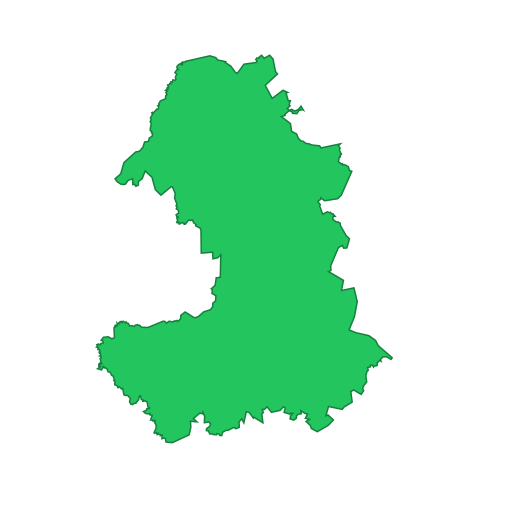 Zaubes pag., Amatas, Latvia, rotated 101°
{"feature_id": "27541924B54710700451151", "entity_name": "Zaubes pag.", "entity_type": "district", "adm_level": 2, "iso_a3": "LVA", "parent_name": "Latvia", "parent_adm1": "Amatas", "projection": "orthographic", "projection_center": [25.326, 56.996], "detail": "fine", "context": "isolated", "style": "filled", "palette": "green", "viewbox_px": 512, "rotation_deg": 101, "n_neighbors": 0, "source": "geoboundaries", "source_scale": "gbopen_adm2", "svg_char_len": 6125}
<svg xmlns="http://www.w3.org/2000/svg" viewBox="0 0 512 512"><g transform="rotate(101 256 256)"><path d="M346.9,377.2L349.1,378.9L348.6,379.5L350.2,378.9L350.8,380.5L351.3,379.4L352.2,380.2L351.8,381.0L353.6,381.7L363.2,379.4L364.8,381.6L363.5,385.6L364.9,390.3L368.3,391.9L368.6,390.0L370.5,389.4L371.3,391.4L372.7,391.8L372.4,392.4L373.0,393.4L372.5,394.1L373.5,395.4L375.0,394.3L375.8,395.1L376.1,393.3L378.0,393.4L377.7,391.8L378.2,391.4L380.6,391.6L381.1,391.2L380.1,390.8L383.4,389.3L384.0,390.3L384.2,389.0L385.6,388.5L386.3,389.5L389.7,387.9L390.9,388.8L391.0,387.1L392.4,388.3L391.8,388.7L392.0,389.6L394.2,389.3L394.3,387.7L396.9,390.0L397.3,385.9L393.6,384.6L394.8,383.5L394.4,382.6L395.6,380.4L397.9,379.2L397.9,377.1L400.7,374.9L401.1,373.4L404.2,371.5L405.4,371.9L405.8,370.6L409.4,370.1L409.6,367.9L411.6,366.3L410.5,365.1L412.2,362.7L411.4,361.6L417.4,359.2L417.9,358.0L417.3,355.5L419.9,352.1L423.1,352.4L425.5,350.5L425.0,349.3L425.4,348.7L424.0,347.7L423.5,345.9L419.5,343.8L415.6,343.7L415.3,342.6L418.8,341.2L418.9,339.4L420.2,339.4L420.1,338.4L419.2,338.4L419.9,335.1L424.7,333.3L425.2,331.6L426.0,331.4L426.7,334.0L428.4,334.2L430.1,336.8L431.6,334.5L431.7,332.4L430.8,330.2L432.1,330.1L432.3,327.5L437.1,328.2L436.9,326.3L437.8,325.5L436.6,324.0L437.0,323.4L438.9,323.7L441.2,321.6L444.5,321.3L448.9,322.4L449.4,321.9L448.4,319.9L450.1,319.0L448.8,318.1L449.7,317.7L449.5,316.0L450.7,315.6L449.6,313.9L453.3,313.5L452.1,311.3L452.9,309.9L455.7,308.9L455.7,307.2L455.2,302.5L444.3,287.5L436.6,287.3L430.7,288.8L430.1,282.3L427.5,286.4L421.0,281.2L421.1,278.4L419.5,278.3L423.2,275.8L429.5,274.9L427.9,270.5L429.6,268.5L432.1,269.0L434.9,271.6L436.9,271.4L436.7,269.4L439.6,267.4L439.0,266.1L439.4,263.4L439.0,260.5L437.8,260.5L437.7,259.5L438.1,257.8L439.0,257.5L438.9,255.4L435.3,255.0L432.6,251.7L432.4,250.1L428.5,245.1L429.4,242.8L427.4,239.7L422.2,241.0L418.5,238.9L422.1,236.1L410.7,235.8L410.9,232.8L415.6,227.7L414.6,227.5L418.4,217.4L409.7,220.2L408.3,218.9L405.4,220.6L405.0,218.4L401.9,216.3L406.5,211.0L402.9,202.8L398.8,200.3L399.6,198.3L404.1,198.6L404.8,192.9L403.8,192.0L403.5,189.9L406.1,191.6L409.4,191.5L409.9,187.6L407.7,185.5L404.9,185.6L403.4,184.4L402.2,181.4L399.3,182.5L401.2,177.9L401.2,175.3L405.9,176.6L406.2,172.3L408.9,175.3L412.1,170.2L414.7,168.8L416.8,162.3L408.5,152.8L402.2,148.7L398.3,155.0L399.5,156.9L389.9,156.1L390.1,142.1L387.3,140.6L381.1,133.7L370.9,137.1L368.9,134.4L371.8,126.4L367.7,124.6L365.7,126.1L362.5,125.4L358.6,123.3L352.6,125.3L347.9,125.0L346.9,124.0L344.2,125.2L343.0,122.5L341.3,122.8L341.2,120.6L342.6,119.4L341.4,118.9L340.5,116.2L337.8,116.6L335.0,114.6L335.4,113.2L334.0,114.2L331.0,112.3L330.0,108.9L331.7,103.7L329.9,102.9L320.7,118.9L316.0,122.6L312.7,129.9L312.2,143.4L310.8,150.5L296.9,147.8L281.5,147.9L268.6,153.8L273.6,165.5L263.2,165.5L257.5,181.8L255.9,179.7L251.2,180.8L232.0,176.7L229.1,173.2L231.6,171.5L230.8,168.4L221.4,167.5L218.7,171.5L209.9,179.0L207.8,179.6L206.9,181.8L207.3,183.7L205.3,187.7L202.5,187.9L202.0,185.9L199.9,188.5L200.3,189.2L198.9,191.4L199.5,192.1L199.0,194.5L202.3,198.5L194.7,203.1L193.4,202.7L190.6,205.7L187.9,203.3L186.5,203.4L188.7,199.2L184.2,186.8L180.1,183.9L154.6,178.1L154.2,180.6L150.7,182.4L149.6,185.7L149.5,187.8L150.0,188.3L148.8,189.1L149.3,189.9L147.7,193.1L142.7,193.1L142.6,192.1L140.8,192.6L139.8,191.5L136.4,194.3L134.3,194.0L131.9,196.1L129.8,194.6L137.5,212.8L135.7,214.6L136.4,222.5L135.7,225.3L136.0,228.4L134.3,231.8L134.6,233.6L132.5,236.8L128.4,239.5L126.9,244.8L119.4,247.5L114.3,257.8L112.5,254.3L111.7,254.8L107.5,251.6L107.1,250.3L107.7,248.1L109.0,247.2L108.5,243.1L105.0,241.6L103.4,238.4L103.7,237.4L100.3,240.4L104.1,242.4L106.3,245.6L105.2,249.0L106.7,251.0L105.4,253.4L102.0,251.2L101.2,252.4L97.0,251.9L97.4,254.0L90.2,257.6L89.4,256.1L88.1,261.1L98.2,270.2L86.7,279.5L73.2,269.6L71.1,272.1L59.5,276.8L56.3,280.9L60.4,285.7L57.9,288.8L60.1,290.8L61.9,290.9L61.0,291.2L61.5,293.0L63.2,293.7L64.3,292.1L66.0,292.8L70.0,304.4L80.3,309.2L79.6,311.5L74.4,316.9L71.9,323.2L71.0,322.8L70.9,331.0L68.9,333.4L68.3,339.5L78.4,362.4L79.2,362.7L79.7,365.2L80.9,366.1L81.3,364.8L82.5,365.0L82.0,367.5L84.2,369.5L86.2,369.7L87.8,367.8L88.4,369.3L91.5,370.6L92.5,368.5L95.9,369.3L98.1,368.2L99.0,369.1L98.9,371.1L101.3,371.3L101.3,372.8L103.1,372.4L102.9,373.4L104.4,373.9L105.0,375.4L107.2,374.0L108.3,374.2L107.8,375.1L108.2,375.5L109.0,374.9L110.7,376.4L111.0,374.5L112.6,375.7L114.6,374.2L116.1,375.3L118.8,374.7L122.1,379.5L125.4,380.6L126.1,379.7L127.3,381.1L128.1,380.0L130.5,380.1L130.6,381.2L135.6,384.5L134.8,385.1L135.3,385.7L136.6,384.6L140.6,386.0L141.8,385.0L144.5,385.5L145.5,384.1L151.2,384.1L153.2,383.6L153.6,382.1L155.1,382.1L155.5,380.9L158.2,380.8L160.6,383.3L164.0,383.4L165.3,387.1L170.9,387.8L175.4,390.4L176.8,393.9L189.4,403.4L201.2,404.5L207.1,409.1L209.5,406.6L211.2,402.6L211.2,399.9L210.4,397.9L206.0,395.8L203.8,391.8L209.4,390.5L208.8,388.9L210.5,387.2L208.8,385.0L205.3,385.6L201.9,382.5L193.7,381.0L198.6,373.1L210.1,367.5L214.4,360.9L204.3,352.6L204.0,351.3L210.0,347.2L214.7,347.0L220.3,343.5L222.0,344.1L222.8,342.7L224.9,343.3L225.9,340.9L228.5,340.1L230.7,342.3L232.6,341.3L232.4,340.1L232.9,339.8L232.8,340.7L234.1,340.9L236.0,339.7L238.1,340.3L238.5,339.6L237.7,338.3L239.4,337.5L237.1,334.8L238.0,333.4L237.7,332.4L238.5,332.3L238.2,331.4L233.6,329.0L233.2,327.9L233.7,327.4L232.7,325.1L235.2,323.7L236.5,320.9L237.9,321.0L239.3,316.2L241.3,314.9L263.6,310.3L260.6,299.3L267.0,297.7L265.1,293.3L261.5,290.8L283.7,287.0L285.0,290.9L292.6,290.5L296.7,293.7L297.4,292.5L301.2,292.1L302.6,287.8L307.7,287.1L310.5,289.4L314.2,288.9L317.4,290.5L320.8,296.7L326.4,301.0L328.1,303.8L328.4,304.6L324.5,314.9L328.6,318.5L331.8,318.0L335.0,319.9L334.3,321.2L335.2,322.2L335.1,323.6L336.5,324.8L336.6,328.9L338.9,330.9L337.6,333.1L337.7,334.7L346.7,348.3L347.8,354.8L346.2,357.0L346.6,358.4L346.0,359.2L347.0,361.4L348.5,362.1L348.0,364.4L348.8,366.7L346.5,368.4L346.7,369.4L345.5,370.9L346.5,371.5L345.4,373.5L345.7,374.7L346.7,374.8L346.0,375.5L346.2,376.2L347.8,376.9L346.9,377.2Z" fill="#22c55e" stroke="#15803d" stroke-width="1.5"/></g></svg>